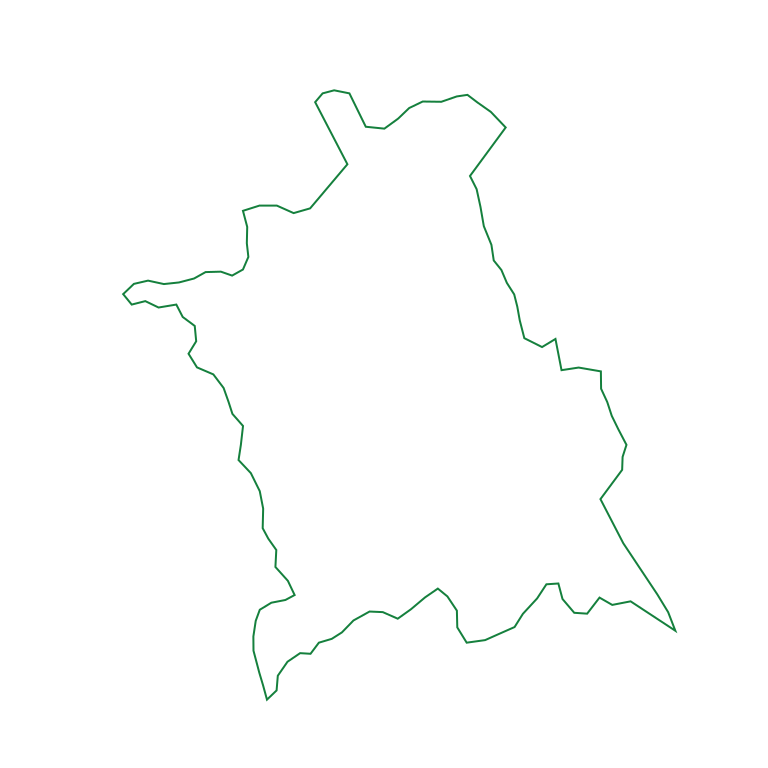 São Sebastião do Caí, Rio Grande do Sul, Brazil (Robinson projection), rotated 349°
{"feature_id": "56859067B90452711270544", "entity_name": "São Sebastião do Caí", "entity_type": "district", "adm_level": 2, "iso_a3": "BRA", "parent_name": "Brazil", "parent_adm1": "Rio Grande do Sul", "projection": "robinson", "projection_center": [-51.346, -29.585], "detail": "fine", "context": "isolated", "style": "outline", "palette": "green", "viewbox_px": 768, "rotation_deg": 349, "n_neighbors": 0, "source": "geoboundaries", "source_scale": "gbopen_adm2", "svg_char_len": 1722}
<svg xmlns="http://www.w3.org/2000/svg" viewBox="0 0 768 768"><g transform="rotate(349 384 384)"><path d="M255.6,248.6L245.3,242.6L230.2,240.1L217.7,244.2L202.1,245.2L187.0,243.9L172.1,237.5L157.6,238.0L145.1,246.0L151.5,257.9L165.5,257.1L177.3,265.9L195.3,266.4L199.2,279.8L209.3,290.9L207.8,306.2L197.9,317.0L203.6,332.0L218.3,342.0L225.8,357.3L228.0,372.0L229.5,384.4L237.6,398.3L231.9,416.4L226.7,430.9L236.3,446.1L241.6,465.5L241.6,483.3L237.4,502.4L240.9,513.7L246.6,526.4L242.5,542.9L252.1,558.9L256.0,574.1L246.0,577.2L231.7,577.2L219.0,581.9L212.9,592.0L207.6,606.9L205.0,620.9L206.5,643.6L207.8,656.8L208.9,671.5L220.1,664.3L224.1,650.1L236.3,638.2L250.3,632.2L260.4,634.8L270.7,625.5L284.1,624.2L295.3,619.8L308.9,610.3L326.4,604.6L339.3,607.7L352.7,617.0L367.4,610.3L383.6,601.3L397.8,595.1L405.7,604.6L412.3,620.4L409.5,636.9L415.8,653.7L434.4,654.7L447.8,651.6L465.8,647.5L476.5,636.1L493.4,623.7L505.2,611.6L517.1,613.1L518.2,629.1L527.1,644.9L539.6,648.2L554.8,634.8L565.9,644.4L584.6,644.4L622.9,681.8L619.4,662.2L612.2,642.8L588.5,586.0L574.5,538.3L601.4,513.7L604.3,501.1L610.4,490.0L605.4,473.2L601.5,458.7L599.7,444.3L596.2,430.1L599.3,413.0L578.2,405.0L560.9,404.3L560.9,372.5L546.2,377.9L530.5,365.8L529.4,347.5L529.6,333.5L528.9,320.9L523.9,308.2L521.0,294.5L515.3,283.7L516.0,267.9L512.1,248.1L512.5,228.7L512.1,210.4L508.1,196.2L552.4,155.4L540.8,137.3L529.4,125.4L521.1,116.1L510.3,115.6L494.1,117.9L475.9,114.1L461.4,117.9L448.5,126.2L433.1,133.4L415.2,128.0L405.5,92.1L391.1,86.2L379.2,87.0L370.2,94.2L390.0,161.3L345.0,197.5L327.9,199.0L312.8,188.4L295.9,185.1L278.6,187.1L279.7,203.7L276.2,219.7L275.1,233.4L267.4,244.7L255.6,248.6Z" fill="none" stroke="#15803d" stroke-width="2"/></g></svg>